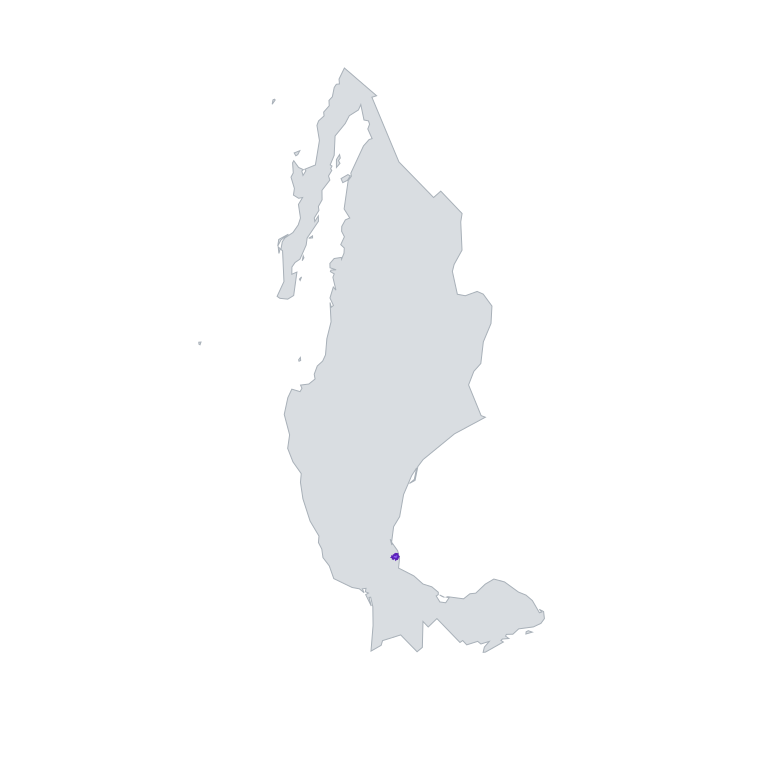 location of Catemaco, Veracruz, Mexico, rotated 46°
{"feature_id": "50627088B13205785170557", "entity_name": "Catemaco", "entity_type": "district", "adm_level": 2, "iso_a3": "MEX", "parent_name": "Mexico", "parent_adm1": "Veracruz", "projection": "natural_earth1", "projection_center": [-95.032, 18.435], "detail": "fine", "context": "in_parent", "style": "filled", "palette": "violet", "viewbox_px": 768, "rotation_deg": 46, "n_neighbors": 0, "source": "geoboundaries", "source_scale": "gbopen_adm2", "svg_char_len": 5621}
<svg xmlns="http://www.w3.org/2000/svg" viewBox="0 0 768 768"><g transform="rotate(46 384 384)"><path d="M129.2,193.0L171.5,189.1L169.3,193.5L234.6,219.0L284.3,218.8L284.7,209.2L315.6,209.4L320.7,216.2L341.9,234.9L346.7,250.5L350.5,256.6L370.4,268.9L377.0,264.2L382.1,252.7L388.3,250.2L402.9,252.2L414.8,265.0L422.7,283.3L436.5,300.1L437.3,310.6L443.4,323.8L474.2,336.1L478.3,334.2L468.8,367.9L465.5,408.3L466.9,417.0L474.9,428.6L473.2,434.8L473.7,428.5L467.0,418.7L469.1,427.7L477.1,446.7L490.3,464.9L493.3,476.2L502.5,487.7L500.0,487.4L505.3,490.2L503.6,488.5L513.4,490.0L520.3,494.0L526.5,501.4L542.9,495.8L555.0,494.9L563.1,490.5L571.5,489.6L573.2,491.3L572.7,493.7L579.6,495.2L584.2,491.6L583.0,485.7L580.7,487.1L581.3,485.9L593.8,476.0L594.6,467.9L598.2,463.3L598.3,450.2L600.6,440.5L610.1,434.8L627.1,431.8L634.5,428.5L642.8,427.7L656.5,431.1L657.6,429.0L654.0,428.8L658.6,427.3L664.2,431.6L665.2,437.4L662.5,445.3L653.7,457.2L653.5,465.1L649.1,469.9L649.8,471.7L653.8,471.0L649.7,476.0L649.7,478.0L652.5,477.4L647.3,497.3L645.9,499.1L643.0,494.6L642.3,487.1L638.3,494.9L634.2,495.4L629.1,505.7L623.2,505.6L622.7,508.9L589.5,508.9L589.5,521.0L581.9,520.9L600.1,539.4L599.6,546.2L576.1,546.3L567.6,563.3L570.0,567.6L567.1,578.9L550.1,559.6L536.4,546.7L528.1,541.7L527.1,543.0L534.9,547.4L522.8,543.5L523.6,540.4L520.5,541.7L518.5,538.9L516.3,541.9L520.3,543.3L514.2,544.0L508.2,548.3L489.1,555.3L476.8,549.7L466.5,548.5L459.5,543.4L452.5,541.3L448.2,536.4L431.3,532.4L410.3,522.1L396.7,512.4L391.0,505.8L376.8,503.6L363.4,498.0L355.0,487.2L336.6,476.9L327.0,462.6L323.7,453.9L331.2,449.7L330.1,446.0L326.8,444.8L331.8,438.1L332.5,430.1L328.5,427.4L324.7,419.5L324.9,412.2L322.4,405.8L311.7,393.6L302.5,378.9L287.9,366.2L292.1,368.6L292.4,365.8L284.6,363.1L279.0,353.1L283.1,353.4L271.7,346.6L270.2,343.3L265.9,344.5L265.2,343.0L268.6,339.1L262.9,342.1L259.7,339.2L259.1,332.7L263.3,326.8L264.8,327.9L262.1,321.9L258.6,318.1L253.7,318.3L250.6,310.2L244.7,308.4L241.3,304.9L239.1,297.8L240.8,293.3L230.4,291.1L212.8,268.5L211.9,263.1L209.3,261.4L198.5,233.4L197.8,224.9L199.2,222.1L189.3,218.5L187.1,213.9L183.9,212.4L180.2,215.0L166.9,206.6L169.1,212.0L166.9,222.6L169.7,231.0L171.6,246.9L184.9,261.0L189.0,270.5L191.1,270.0L192.1,272.9L194.1,273.2L195.8,279.4L199.7,281.3L201.6,294.1L208.5,300.6L210.7,307.9L213.9,310.2L216.1,318.8L219.0,320.9L217.5,314.5L221.4,318.1L225.6,337.9L230.0,343.5L235.8,357.7L234.8,363.6L235.9,369.0L241.0,374.1L243.0,368.9L257.6,387.5L256.1,394.3L250.0,399.4L246.7,400.0L240.8,384.8L217.7,364.4L215.6,364.7L211.0,358.3L210.1,353.9L211.8,344.3L210.0,335.2L206.6,328.8L195.4,320.8L193.3,313.0L191.1,316.4L185.2,317.9L181.1,312.6L170.6,307.2L169.1,302.6L161.4,296.1L160.7,293.8L168.9,295.0L173.8,293.1L173.7,295.2L177.7,297.4L176.4,292.1L174.5,291.8L178.8,281.2L164.0,261.3L151.4,252.6L149.3,248.3L149.5,240.9L146.5,238.5L145.8,230.1L141.8,226.6L141.5,221.6L136.1,213.8L135.3,210.1L137.2,207.6L133.4,204.5L129.2,193.0ZM212.1,268.8L210.5,273.8L206.4,272.2L208.3,264.5L210.8,263.7L212.1,268.8ZM195.2,267.8L189.5,262.3L188.1,256.6L191.1,258.5L191.7,261.6L194.7,262.4L195.2,267.8ZM662.4,455.6L661.0,453.9L661.7,451.6L665.5,449.7L662.4,455.6ZM211.0,364.6L206.9,359.3L209.8,348.7L208.8,358.2L211.0,364.6ZM158.6,288.9L155.4,288.1L157.7,282.5L159.1,286.7L158.6,288.9ZM105.1,270.1L102.5,266.5L103.1,264.9L104.1,265.0L105.1,270.1ZM214.6,364.8L217.1,368.9L211.8,364.8L214.6,364.8ZM309.2,427.6L308.6,429.3L307.3,428.6L306.8,425.7L309.2,427.6ZM237.6,353.9L238.5,357.2L235.7,353.1L237.6,353.9ZM227.8,332.5L229.3,333.9L226.9,336.9L227.8,332.5ZM228.0,489.1L226.9,489.5L225.3,488.2L226.7,486.5L228.0,489.1ZM577.3,489.7L574.4,490.5L579.5,488.7L577.3,489.7ZM251.3,372.4L249.8,372.0L249.7,368.9L251.3,372.4Z" fill="#d9dde1" stroke="#a8b0b8" stroke-width="1"/><path d="M518.5,493.2L518.4,493.2L518.3,493.3L517.6,493.2L517.2,493.1L516.9,493.0L516.4,492.9L516.2,492.8L516.0,492.7L515.8,492.6L515.7,492.4L515.8,492.3L515.7,492.2L515.6,492.3L515.2,492.6L514.9,492.7L514.8,492.8L514.7,492.8L514.8,492.8L514.8,493.0L514.7,493.2L514.6,493.3L514.5,493.2L514.4,493.3L514.2,493.4L514.2,493.5L514.3,493.5L514.5,493.6L514.8,493.5L515.0,493.6L515.1,493.8L515.2,494.0L515.3,494.1L515.3,494.3L515.3,494.2L515.2,494.2L515.2,494.4L515.1,494.5L515.0,494.4L515.0,494.5L514.9,494.5L514.7,494.4L514.4,494.4L514.1,494.4L513.9,494.4L513.9,494.5L514.0,494.7L513.9,494.7L514.0,494.7L514.1,494.8L514.2,495.0L514.2,495.3L514.3,495.3L514.2,495.4L514.3,495.4L514.2,495.5L514.2,495.8L514.1,496.0L514.0,496.3L513.9,496.4L513.9,496.5L513.9,496.8L513.9,497.0L513.9,497.5L514.0,497.5L513.9,497.7L514.0,498.2L513.9,498.2L513.7,498.2L513.8,498.3L513.7,498.3L513.8,498.5L514.0,498.5L514.0,498.8L514.1,498.7L514.1,498.8L514.1,498.7L514.3,498.7L514.4,498.4L514.5,498.4L514.8,498.4L514.9,498.5L514.9,498.4L515.1,498.4L515.2,498.2L515.2,498.3L515.3,498.6L515.4,498.8L515.5,499.0L515.9,499.2L516.0,499.1L516.1,498.9L516.3,498.9L516.2,498.6L516.1,498.3L516.3,498.3L516.3,498.2L516.2,498.1L516.2,497.7L516.4,497.7L516.5,497.6L516.8,497.6L517.1,497.2L517.3,497.2L517.5,497.2L517.7,497.3L517.8,497.3L518.0,497.3L518.3,497.3L518.4,497.2L518.4,497.3L518.5,497.4L518.5,497.2L518.8,497.0L518.8,496.9L519.0,496.6L518.9,496.6L518.8,496.4L518.7,496.3L518.6,496.2L518.6,496.3L518.5,496.2L518.7,495.9L518.7,495.7L518.8,495.6L518.9,495.4L519.0,495.4L519.0,495.2L518.9,495.2L518.7,495.2L518.7,495.3L518.4,495.3L518.3,495.2L518.3,494.9L518.2,494.8L518.3,494.7L518.2,494.6L518.4,494.5L518.3,494.4L518.4,494.2L518.3,493.8L518.4,493.7L518.5,493.6L518.4,493.5L518.5,493.5L518.5,493.4L518.5,493.2L518.5,493.2Z" fill="#8b5cf6" stroke="#5b21b6" stroke-width="1.5"/></g></svg>